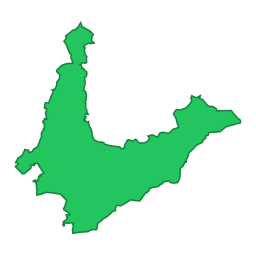 Dezna, Arad, Romania (Equal Earth projection)
{"feature_id": "2599482B61534959495049", "entity_name": "Dezna", "entity_type": "district", "adm_level": 2, "iso_a3": "ROU", "parent_name": "Romania", "parent_adm1": "Arad", "projection": "equal_earth", "projection_center": [22.259, 46.427], "detail": "fine", "context": "isolated", "style": "filled", "palette": "green", "viewbox_px": 256, "rotation_deg": 0, "n_neighbors": 0, "source": "geoboundaries", "source_scale": "gbopen_adm2", "svg_char_len": 5680}
<svg xmlns="http://www.w3.org/2000/svg" viewBox="0 0 256 256"><path d="M220.0,131.7L226.1,126.7L236.5,123.8L240.3,122.9L240.6,121.8L240.6,121.1L240.0,119.9L239.6,119.4L238.5,118.9L237.7,118.4L236.3,116.4L235.2,115.2L234.6,114.8L233.6,113.7L232.3,112.0L231.5,110.5L216.4,110.8L216.5,109.6L216.5,109.2L215.8,108.3L214.3,107.6L213.4,106.8L212.7,106.5L212.3,106.2L212.0,106.2L211.3,106.6L210.8,106.7L210.4,106.6L209.4,106.2L208.2,105.9L207.3,105.1L206.9,104.5L205.9,103.5L202.8,99.7L199.4,98.3L200.4,95.9L200.4,95.6L196.8,97.6L195.2,97.4L191.7,95.7L190.9,98.0L191.8,101.0L189.7,104.0L185.9,107.9L180.3,110.0L176.6,109.5L174.5,111.8L173.5,114.0L176.0,118.3L177.0,122.4L178.7,127.4L172.9,129.3L170.5,131.8L168.9,133.1L167.0,133.4L165.9,132.8L164.0,132.3L160.2,132.8L159.2,134.0L157.9,136.7L157.1,137.1L153.4,135.2L152.0,134.8L150.5,135.4L147.9,136.1L148.4,136.6L149.2,137.9L149.2,138.8L148.4,140.2L147.1,141.7L144.4,142.9L140.4,143.0L139.4,142.8L138.3,142.2L136.4,139.9L136.2,139.5L135.6,139.2L132.6,141.2L129.1,139.8L128.3,139.7L127.1,140.3L126.6,142.2L125.2,143.8L123.9,148.3L123.2,148.4L122.1,148.8L121.2,148.3L120.3,147.5L118.9,146.8L113.7,146.2L109.3,145.5L104.7,144.2L104.2,143.3L103.7,142.7L103.2,142.6L101.8,142.6L101.8,142.0L101.6,142.0L98.6,142.0L94.6,140.3L92.7,137.2L92.0,133.2L91.8,131.5L90.3,127.6L89.6,127.0L88.7,124.0L88.6,121.8L87.7,122.7L85.4,120.7L84.6,121.3L83.9,120.6L83.8,119.8L85.4,118.7L85.5,117.7L86.0,117.0L85.2,117.0L84.8,116.8L84.9,115.2L85.2,114.6L85.7,114.0L86.8,114.0L88.9,114.6L87.2,113.3L86.7,109.6L85.6,108.1L85.7,107.6L85.5,106.5L85.6,105.6L85.8,104.7L85.9,103.3L85.2,102.3L85.1,101.7L85.7,100.9L86.1,99.8L86.0,98.1L86.3,97.1L86.2,93.5L85.9,92.5L85.4,91.3L83.6,90.1L84.7,85.0L85.2,83.2L84.6,77.9L86.3,76.3L86.9,73.8L86.6,71.6L85.7,71.3L83.4,68.4L82.2,68.2L81.8,66.6L80.1,64.7L81.1,64.7L81.7,63.1L84.0,62.7L84.6,63.2L85.8,63.0L86.7,62.1L86.4,58.3L86.9,56.5L85.3,54.9L84.4,50.2L85.1,47.7L84.2,47.2L83.6,46.1L88.1,43.3L90.7,43.7L91.6,43.4L94.2,43.2L94.2,42.8L91.5,41.3L91.9,36.6L93.3,34.6L90.6,31.5L87.1,29.4L82.1,26.6L80.6,22.7L77.9,27.3L75.6,29.5L72.8,30.2L65.6,36.1L66.2,38.6L63.9,41.2L66.7,45.2L67.4,47.7L69.7,53.4L70.2,53.5L70.8,54.0L71.2,54.9L70.9,57.6L71.4,59.3L72.1,60.4L72.3,61.5L73.0,63.4L68.9,63.4L66.6,63.7L64.7,64.2L61.8,65.4L60.5,66.4L59.7,67.5L57.7,69.0L57.1,69.7L56.8,70.6L56.7,71.4L56.9,71.9L57.5,72.6L58.3,73.2L59.1,73.9L59.6,74.6L59.7,75.4L59.5,78.3L58.8,79.5L57.2,81.3L56.8,82.3L56.9,83.4L56.6,85.5L56.2,86.3L55.8,87.5L55.3,88.2L55.1,88.9L54.3,89.4L53.8,89.3L53.3,89.8L52.8,89.8L52.1,90.0L53.4,90.7L52.5,93.5L50.8,96.9L50.4,98.6L49.8,99.7L48.6,103.0L45.4,102.7L44.7,105.7L44.5,108.3L46.7,108.6L46.4,110.8L45.6,112.2L45.6,114.0L46.0,115.1L46.3,116.8L46.2,118.0L46.8,118.8L44.5,118.7L44.5,119.9L43.4,120.5L43.4,120.9L43.2,121.4L42.8,121.8L43.0,122.4L43.3,123.0L43.9,123.0L44.4,126.9L44.6,127.2L44.4,128.1L43.6,128.8L43.3,129.2L43.7,129.8L42.5,131.0L41.9,132.2L41.5,133.2L41.2,134.4L41.6,135.0L41.7,135.6L41.2,137.6L40.6,138.7L39.7,140.8L39.7,141.7L38.9,143.0L38.4,144.4L38.0,146.1L36.8,147.3L34.1,148.7L33.4,149.7L33.1,149.9L32.6,151.0L32.3,151.3L32.3,151.6L30.6,152.1L30.0,152.8L29.7,152.8L29.2,152.3L29.0,151.8L28.6,151.7L28.5,151.3L28.8,150.4L24.8,149.5L24.5,151.0L23.5,152.2L23.0,153.9L22.2,155.1L19.8,157.1L18.1,157.7L17.7,158.8L16.3,161.1L15.7,162.7L16.5,162.5L18.3,163.9L17.0,165.3L15.4,166.2L15.5,166.8L22.5,173.8L23.1,173.6L24.3,173.6L25.2,173.0L26.4,171.9L30.3,168.8L31.1,167.7L31.1,167.4L31.0,166.7L30.9,166.2L30.4,165.6L31.4,164.7L31.9,164.7L33.2,165.4L34.2,165.6L34.5,164.7L34.3,164.5L34.0,163.8L34.1,163.6L35.0,163.4L35.6,163.6L37.7,163.4L38.9,165.1L38.6,165.3L43.7,173.1L40.0,175.0L40.8,175.8L40.3,176.2L39.2,176.2L38.6,176.6L38.6,177.7L38.8,178.1L38.6,178.8L37.8,179.6L37.9,180.3L37.6,180.7L36.8,181.2L36.4,181.1L35.6,180.5L35.5,180.0L35.1,180.0L34.7,180.4L34.4,180.4L34.1,180.9L33.3,180.9L33.2,181.3L34.5,181.9L35.5,182.0L35.9,182.4L36.0,183.0L36.1,183.9L36.7,184.5L36.3,185.2L36.7,187.5L36.7,190.1L37.0,191.1L36.9,195.2L40.3,194.2L41.7,194.1L43.1,193.6L44.1,192.8L45.8,192.4L51.3,192.7L53.8,193.1L58.2,193.9L60.2,193.9L66.5,200.3L66.3,201.5L65.9,202.7L65.2,205.2L63.6,208.9L64.0,210.0L64.5,210.1L65.5,211.0L66.0,211.0L66.3,211.3L66.6,211.4L67.1,211.9L67.9,212.3L68.2,212.9L69.8,214.0L69.8,214.7L69.3,214.9L66.3,214.8L66.3,216.0L66.5,216.6L67.5,217.6L67.0,218.8L66.4,219.7L63.3,221.7L63.5,221.9L63.5,223.4L62.9,224.1L63.5,225.9L64.0,225.8L64.5,225.5L64.1,223.9L64.2,223.3L64.4,223.1L65.4,223.0L68.3,223.2L70.9,222.9L71.7,223.0L73.5,223.0L73.5,223.5L73.2,224.3L72.8,224.6L73.3,225.6L73.3,226.5L72.6,228.9L72.5,230.0L72.9,233.3L79.1,232.3L88.3,231.6L88.9,231.0L89.4,230.9L89.9,230.4L93.1,229.4L94.0,229.4L94.0,229.7L96.6,229.6L97.3,226.4L97.7,223.2L100.0,221.6L101.3,221.0L102.5,219.2L102.8,218.9L104.3,218.4L104.4,218.2L107.4,216.4L111.9,212.2L113.2,211.1L114.8,211.0L115.7,210.0L115.3,208.6L115.9,206.7L116.5,205.5L117.3,205.4L120.9,205.8L131.2,199.7L133.2,200.3L134.3,200.3L135.9,200.7L137.7,200.7L138.8,201.1L140.1,200.6L142.0,198.1L143.1,196.1L144.1,195.2L144.6,194.0L145.1,193.3L147.1,192.4L148.1,191.5L149.2,190.2L149.5,188.4L153.2,187.4L155.9,187.0L158.5,186.3L160.0,184.5L161.9,184.1L163.5,182.2L164.7,181.6L167.1,181.3L168.8,180.9L169.6,181.6L170.3,182.5L171.7,182.8L173.4,183.1L175.8,182.9L177.2,182.6L178.3,181.6L179.5,178.8L180.0,175.6L180.4,168.3L183.0,166.2L184.7,162.5L186.3,162.2L186.3,161.8L185.3,161.7L188.5,155.5L188.5,153.2L192.5,149.6L194.9,146.9L196.4,145.4L200.2,143.2L201.5,142.9L202.4,142.2L203.0,140.4L204.6,138.9L205.7,138.3L205.5,136.6L205.7,136.1L207.8,135.3L208.4,134.6L208.7,132.7L210.4,132.4L217.6,132.0L217.8,131.5L220.0,131.7Z" fill="#22c55e" stroke="#15803d" stroke-width="1.5"/></svg>